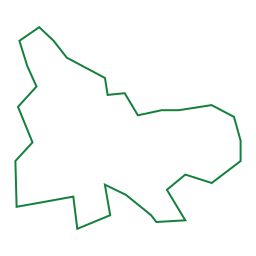 Durbes, Natural Earth projection
{"feature_id": "LVA-5720", "entity_name": "Durbes", "entity_type": "Municipality", "adm_level": 1, "iso_a3": "LVA", "parent_name": "Latvia", "parent_adm1": "", "projection": "natural_earth1", "projection_center": [21.414, 56.63], "detail": "fine", "context": "isolated", "style": "outline", "palette": "green", "viewbox_px": 256, "rotation_deg": 0, "n_neighbors": 0, "source": "natural_earth", "source_scale": "10m", "svg_char_len": 488}
<svg xmlns="http://www.w3.org/2000/svg" viewBox="0 0 256 256"><path d="M39.2,27.2L53.6,40.8L66.8,57.7L105.0,78.0L107.6,94.9L124.7,93.2L137.9,115.3L161.6,110.2L178.7,110.2L211.6,105.1L234.0,116.9L240.6,140.7L240.6,161.0L211.7,183.0L185.3,174.6L166.9,189.8L185.3,220.3L156.3,222.0L151.1,215.2L126.0,194.9L104.9,184.7L110.2,215.2L77.3,228.8L73.3,196.6L16.6,206.8L15.4,161.0L32.5,142.4L18.0,106.8L36.5,86.5L27.3,66.1L19.4,40.8L39.2,27.2Z" fill="none" stroke="#15803d" stroke-width="2"/></svg>